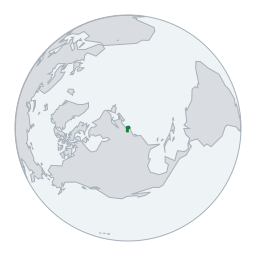 Massachusetts highlighted on a globe, orthographic projection, rotated 269°
{"feature_id": "USA-3513", "entity_name": "Massachusetts", "entity_type": "State", "adm_level": 1, "iso_a3": "USA", "parent_name": "United States of America", "parent_adm1": "", "projection": "orthographic", "projection_center": [-70.926, 42.063], "detail": "fine", "context": "on_globe", "style": "filled", "palette": "green", "viewbox_px": 256, "rotation_deg": 269, "n_neighbors": 0, "source": "natural_earth", "source_scale": "10m", "svg_char_len": 10518}
<svg xmlns="http://www.w3.org/2000/svg" viewBox="0 0 256 256"><g transform="rotate(269 128 128)"><circle cx="128" cy="128" r="113" fill="#eef3f6" stroke="#a8b0b8"/><path d="M122.8,240.5L123.7,240.5L121.6,240.4L125.4,240.1L123.1,240.2L123.8,238.6L127.1,236.5L129.4,227.3L127.0,225.0L118.3,221.9L107.9,210.8L110.7,206.4L108.4,203.8L115.9,197.2L113.9,190.0L111.3,188.7L108.7,191.2L99.8,185.5L96.7,179.2L70.4,162.1L67.9,157.9L68.3,152.6L61.7,130.2L63.5,149.4L60.5,144.5L58.6,137.0L60.2,136.3L59.7,126.0L57.3,120.7L59.0,108.1L67.4,95.4L67.9,98.6L69.8,95.4L69.4,91.3L68.7,89.5L74.9,75.0L74.8,63.7L71.0,62.4L74.8,61.1L65.1,60.5L62.6,57.0L67.7,59.7L70.0,59.0L69.4,55.9L71.7,54.5L72.7,52.3L75.4,51.1L78.2,53.1L80.0,52.4L79.5,50.3L82.0,47.9L82.4,51.1L86.7,47.4L92.1,50.6L91.1,61.2L96.4,62.8L101.4,73.7L103.2,72.0L106.2,75.4L109.5,74.8L109.5,77.2L112.1,74.7L111.5,72.6L112.4,70.8L114.2,70.3L114.6,73.3L113.7,73.9L114.8,74.6L114.1,76.3L115.5,75.2L115.7,79.0L118.2,74.6L120.7,77.1L120.0,79.8L116.5,80.3L106.3,88.6L104.6,92.0L105.7,96.0L115.3,101.7L114.9,105.2L117.0,109.5L118.9,107.1L117.9,102.9L121.9,99.7L120.3,95.2L121.7,93.3L121.5,88.7L125.4,88.7L129.3,91.3L129.7,95.3L131.4,96.6L134.2,92.5L137.9,99.7L145.6,104.5L146.2,106.6L141.6,111.1L133.7,111.8L127.8,118.7L135.5,113.7L136.8,119.5L138.6,120.3L140.8,119.8L141.9,117.4L143.1,119.4L135.9,124.8L134.7,123.1L137.0,121.3L133.2,121.8L128.4,126.0L129.4,128.8L121.0,132.9L121.6,135.0L120.2,137.3L119.7,133.5L120.3,140.6L110.6,147.7L111.3,159.7L106.4,150.0L102.1,148.4L96.8,147.8L96.8,149.8L89.9,146.9L83.5,149.5L80.8,158.2L83.0,165.8L90.7,167.8L93.2,164.5L98.9,164.7L94.5,174.1L104.5,177.1L103.4,184.1L106.2,188.0L111.3,187.6L116.5,189.6L120.3,185.8L126.4,183.7L126.5,189.3L129.9,184.1L133.3,186.8L145.4,185.7L144.5,187.1L154.7,192.2L165.7,192.8L168.3,195.9L166.9,198.5L170.8,198.2L170.8,199.6L185.9,196.8L193.4,197.0L193.1,201.5L186.6,209.1L180.2,219.9L168.4,226.1L165.1,229.5L155.4,234.8L148.2,235.8L150.0,236.7L145.8,238.0L141.1,238.6L140.1,239.2L136.6,239.5L138.8,239.7L133.0,240.4L134.3,240.5L122.8,240.5ZM21.9,107.4L22.7,105.3L22.4,107.7L21.9,107.4ZM23.1,103.3L22.9,104.2L23.1,103.3L23.1,103.3ZM23.2,102.2L23.2,103.0L23.1,102.3L23.2,102.2ZM23.2,101.0L23.2,101.6L23.2,101.0ZM110.6,163.6L122.0,169.7L115.4,170.1L116.7,169.1L113.8,166.7L108.4,164.2L102.6,164.7L110.6,163.6ZM23.5,98.6L23.6,98.0L23.8,98.3L23.5,98.6ZM115.9,157.6L113.9,157.0L115.9,157.1L115.9,157.6ZM68.0,88.9L69.2,91.4L68.7,95.7L67.5,93.7L68.0,88.9ZM69.2,81.2L70.4,81.8L68.0,84.9L68.1,83.6L69.2,81.2ZM67.8,61.9L68.3,63.6L67.0,62.5L67.8,61.9ZM72.4,52.3L71.5,52.3L72.4,51.2L72.4,52.3ZM119.3,89.1L120.4,88.9L119.9,89.9L119.3,89.1ZM118.3,87.3L116.9,88.5L116.2,87.9L117.1,87.1L118.3,87.3ZM77.4,48.4L79.1,46.7L77.8,48.7L77.4,48.4ZM120.0,86.0L115.1,86.5L113.9,85.4L116.1,81.7L120.0,86.0ZM80.4,46.0L84.6,42.2L83.0,41.8L89.8,41.1L84.0,44.4L82.7,46.8L82.1,45.6L80.4,46.0ZM110.5,72.1L111.2,74.3L108.9,73.0L110.5,72.1ZM108.7,71.7L100.2,70.6L100.0,67.3L102.9,68.2L101.3,64.5L105.4,63.4L107.2,65.2L106.5,67.5L108.6,65.4L108.7,71.7ZM92.9,41.4L94.3,40.9L93.3,41.9L92.9,41.4ZM112.6,70.0L110.9,70.0L110.6,67.1L114.0,66.6L113.0,67.7L112.6,70.0ZM98.9,64.1L99.3,62.0L102.7,60.5L103.3,59.5L105.5,63.1L98.9,64.1ZM114.0,68.1L115.7,66.5L117.5,67.4L114.2,69.8L114.0,68.1ZM109.1,66.6L109.1,65.2L110.2,65.8L109.1,66.6ZM124.9,70.3L122.9,70.2L122.6,68.6L124.9,70.3ZM116.2,65.8L115.6,65.5L115.2,64.9L116.7,64.1L116.2,65.8ZM107.8,61.9L109.1,61.8L107.1,60.3L109.5,59.3L110.6,61.9L111.2,60.4L111.9,60.0L111.9,62.6L107.8,61.9ZM117.1,61.6L119.2,64.8L123.1,65.3L123.5,66.6L117.2,65.7L117.1,61.6ZM114.0,61.9L116.0,62.0L115.5,63.5L113.8,64.5L114.0,61.9ZM110.9,57.7L106.8,58.6L106.7,58.0L110.9,57.7ZM118.3,61.4L117.8,60.6L118.7,61.2L118.3,61.4ZM113.3,58.4L111.9,58.8L111.8,58.1L113.3,58.4ZM117.9,58.8L118.6,59.8L117.5,60.5L117.9,58.8ZM115.9,58.4L116.1,57.4L116.7,60.1L115.2,58.7L115.9,58.4ZM113.5,57.7L113.0,57.4L114.1,57.7L113.5,57.7ZM121.7,56.0L122.6,59.3L120.2,60.6L119.6,57.2L121.7,56.0ZM211.5,52.4L213.4,54.6L213.8,55.0L220.5,63.7L226.3,73.0L223.8,70.8L222.4,69.0L222.3,68.9L222.1,68.7L224.4,72.1L223.1,71.3L227.4,75.3L229.0,78.1L232.2,85.3L235.0,92.7L237.2,100.3L238.8,108.0L240.0,115.8L240.6,123.7L240.6,131.5L240.1,139.4L239.0,147.2L238.8,143.1L239.0,135.7L238.3,134.8L237.4,138.9L236.3,138.0L235.4,140.0L228.0,155.9L224.1,156.4L215.3,150.4L215.5,143.4L212.5,138.0L210.8,105.0L213.8,102.2L216.3,87.2L217.2,86.2L220.5,91.0L225.3,85.8L222.5,79.9L223.3,74.0L221.4,68.6L214.4,60.3L217.4,69.1L214.3,67.7L209.0,58.0L205.9,51.0L204.6,50.2L203.6,52.5L199.8,49.0L202.9,53.3L203.9,53.0L205.9,55.7L205.0,56.3L203.7,54.9L203.8,56.8L210.0,63.1L211.7,63.5L213.8,70.4L216.8,71.7L218.5,74.7L214.0,73.6L212.1,71.9L206.2,73.6L208.4,75.9L214.1,74.7L213.7,76.0L216.7,79.6L214.1,77.9L207.3,79.1L207.1,86.1L212.2,100.0L211.0,104.2L207.6,106.1L200.4,97.2L203.9,88.9L201.4,86.0L196.1,85.2L197.6,82.8L195.9,81.6L196.8,78.6L193.5,72.4L193.7,69.3L188.1,65.3L187.5,63.2L191.0,66.1L193.5,66.6L193.5,59.5L192.3,57.7L188.6,55.8L189.1,54.2L185.5,53.3L183.4,49.0L183.0,53.6L178.8,51.9L175.1,48.6L173.6,49.0L179.6,54.4L182.0,55.9L184.2,55.7L190.7,60.9L191.7,63.8L184.6,61.8L185.1,65.8L179.3,62.8L166.9,49.5L163.9,45.0L168.0,39.9L171.2,41.5L171.3,43.9L175.2,42.7L173.0,42.3L173.4,41.1L169.4,39.5L169.5,38.7L165.5,38.8L165.1,37.6L167.7,37.5L161.4,34.5L159.5,32.0L158.1,31.8L157.1,32.3L155.3,29.0L154.3,29.0L154.5,30.1L152.7,30.8L148.7,30.9L148.4,29.8L149.7,29.6L152.0,27.6L155.7,27.5L155.2,27.0L151.9,26.9L149.1,29.3L146.8,29.7L147.7,28.3L147.2,28.9L145.9,28.8L144.3,27.6L143.2,29.1L130.0,30.3L125.6,28.5L127.8,27.0L118.2,27.5L114.0,26.0L114.2,26.9L109.7,28.1L110.9,28.6L110.7,29.1L99.7,33.1L96.9,33.3L92.4,36.6L92.5,37.1L94.3,37.1L89.8,41.1L83.0,41.8L83.1,40.5L78.8,42.0L79.7,39.0L78.4,37.5L82.0,33.7L80.7,33.0L79.1,33.7L76.2,33.5L75.6,31.1L83.0,29.8L85.3,34.0L84.9,31.9L87.1,31.5L88.2,30.2L87.8,28.9L86.5,29.3L96.3,23.8L99.4,20.6L94.2,22.3L91.1,22.8L90.1,22.0L92.6,21.1L100.4,18.8L108.3,17.1L116.4,16.0L124.5,15.4L132.6,15.5L140.7,16.1L148.8,17.3L156.7,19.1L164.5,21.4L172.1,24.3L179.5,27.8L186.5,31.8L193.3,36.2L199.8,41.2L205.9,46.6L211.5,52.4ZM215.3,118.4L216.3,120.3L215.3,118.4ZM205.2,47.0L201.6,43.1L198.7,41.5L197.1,40.0L196.7,40.1L198.5,41.4L196.9,41.6L193.8,38.9L191.9,38.2L193.0,39.5L199.1,44.4L201.4,44.0L204.2,46.4L205.2,47.0ZM145.8,185.6L147.2,186.5L145.3,186.7L145.8,185.6ZM114.4,172.5L116.9,172.8L118.1,173.8L116.3,174.0L114.4,172.5ZM135.1,172.8L137.9,173.2L135.0,173.9L135.1,172.8ZM123.8,170.4L132.9,172.8L127.1,174.6L121.4,173.2L125.4,172.7L123.8,170.4ZM114.7,161.3L116.2,161.8L115.7,163.0L114.7,161.3ZM117.3,157.7L116.7,157.7L116.0,156.7L117.3,157.7ZM137.2,119.1L137.8,118.8L140.0,118.8L139.0,119.8L137.2,119.1ZM150.0,113.1L151.7,116.5L149.7,114.7L148.6,116.6L143.1,115.5L146.2,107.7L145.7,111.3L150.0,113.1ZM136.5,112.2L139.7,113.6L136.1,112.4L136.5,112.2ZM185.6,78.7L187.3,78.2L189.2,80.3L188.9,84.9L186.2,81.9L185.6,78.7ZM189.4,77.0L182.4,74.1L182.3,71.4L183.6,73.3L184.2,71.8L186.4,74.6L193.1,75.1L195.1,77.0L193.5,84.1L192.9,80.6L191.2,81.3L189.4,77.0ZM164.8,73.9L161.8,73.2L165.5,68.0L167.9,69.3L167.8,73.8L164.8,75.0L164.8,73.9ZM124.8,79.6L123.4,80.2L123.3,79.3L124.4,78.1L124.8,79.6ZM124.0,70.4L130.8,76.6L129.5,77.4L135.0,80.4L133.8,83.9L130.3,81.8L133.5,86.8L129.9,86.4L132.4,89.6L124.7,84.6L121.6,84.6L125.5,83.2L126.7,80.0L126.2,78.6L122.7,74.7L116.5,73.3L116.7,70.1L118.4,68.2L119.9,68.0L119.3,70.1L121.8,68.4L122.1,71.3L124.0,70.4ZM138.9,51.2L137.6,53.1L142.6,51.3L142.9,53.7L143.5,53.4L145.1,55.2L148.1,56.9L147.7,58.0L149.1,58.2L150.2,59.5L151.9,60.2L151.8,62.6L153.9,63.6L152.6,64.2L156.2,65.4L153.5,65.6L154.7,67.5L156.7,66.3L152.2,78.8L152.4,84.2L154.0,88.9L149.1,88.9L144.5,84.7L140.7,78.9L141.3,73.8L139.0,74.9L138.6,72.8L140.5,72.8L137.2,71.6L137.4,69.9L134.0,65.5L129.1,65.0L127.8,63.5L129.8,62.8L127.0,61.8L129.9,59.6L129.0,58.6L130.9,55.5L135.3,55.1L133.9,53.9L135.3,51.7L138.9,51.2ZM122.4,55.2L127.6,53.8L130.3,54.6L125.8,59.7L126.3,61.0L123.5,64.6L119.6,63.4L120.8,62.5L121.0,61.3L122.1,62.1L121.3,60.6L122.9,59.3L122.7,57.9L124.5,57.8L122.4,55.2ZM216.0,83.1L216.3,82.0L216.3,79.9L218.2,82.3L216.0,83.1ZM211.5,84.0L211.5,82.6L214.1,84.7L213.8,86.0L211.5,84.0ZM209.2,80.2L211.3,82.4L210.0,82.0L209.2,80.2ZM190.7,64.9L190.4,63.5L191.2,63.7L192.4,65.0L190.7,64.9ZM153.7,47.2L152.5,47.9L151.9,47.5L148.0,47.8L147.4,46.1L149.6,45.3L153.7,47.2ZM216.2,62.9L218.0,65.6L217.7,65.8L217.2,64.8L216.2,62.9ZM219.2,74.3L219.6,72.4L219.7,74.9L219.2,74.3ZM152.4,45.4L150.9,45.7L151.6,44.7L152.4,45.4ZM146.8,44.9L147.2,43.7L146.9,45.9L146.8,44.9ZM145.5,33.2L151.5,34.5L155.5,34.8L157.1,33.6L157.4,36.0L151.3,35.6L145.5,33.2ZM131.9,30.7L130.5,32.0L129.4,31.3L129.6,30.9L131.9,30.7ZM132.3,31.6L133.8,33.5L131.9,34.2L131.1,32.5L132.3,31.6ZM143.4,38.9L145.2,39.4L144.6,40.1L143.4,38.9ZM84.9,23.9L85.2,23.9L80.4,26.0L79.2,26.5L80.6,25.8L84.9,23.9ZM83.9,24.6L86.2,23.6L91.7,23.0L91.7,23.4L85.0,24.6L86.8,23.9L86.3,23.8L83.9,24.6ZM93.8,40.4L94.2,40.9L93.0,40.9L93.8,40.4ZM111.5,29.3L110.9,30.1L109.6,30.0L111.5,29.3ZM108.7,32.2L110.6,31.7L108.7,32.7L108.7,32.2ZM115.0,30.8L111.5,31.8L114.6,30.2L115.0,30.8Z" fill="#d9dde1" stroke="#a8b0b8" stroke-width="1"/><path d="M127.6,128.8L127.6,128.7L127.4,128.6L127.4,128.4L127.3,128.1L126.7,128.1L125.6,128.0L125.3,128.0L125.2,128.0L124.3,128.0L124.2,127.9L124.6,126.6L124.9,126.6L125.0,126.6L127.4,126.7L127.5,126.7L127.8,126.5L127.9,126.4L128.0,126.4L128.2,126.5L128.3,126.8L128.2,126.8L128.3,126.8L128.5,126.8L128.4,126.9L128.3,127.0L128.2,127.0L128.0,127.3L128.0,127.2L127.9,127.3L128.0,127.4L127.9,127.4L127.9,127.5L128.0,127.6L127.9,127.6L128.0,127.6L128.3,127.7L128.3,127.8L128.4,128.0L128.5,128.1L128.4,128.1L128.5,128.1L128.4,128.0L128.5,128.2L128.6,128.3L128.6,128.5L128.8,128.6L129.0,128.6L128.9,128.6L129.0,128.7L129.3,128.6L129.3,128.4L129.3,128.2L129.3,128.3L129.2,128.1L129.3,128.0L129.4,128.4L129.5,128.4L129.4,128.4L129.4,128.5L129.5,128.5L129.4,128.8L129.4,128.7L129.2,128.8L128.9,128.8L128.7,128.8L128.7,129.0L128.4,129.1L128.4,128.8L128.4,128.7L128.3,128.8L128.2,128.8L128.0,129.0L127.9,129.0L127.7,129.0L127.7,128.9L127.6,128.8ZM128.5,129.2L128.5,129.3L128.4,129.4L128.2,129.5L128.1,129.4L128.3,129.4L128.3,129.2L128.5,129.2L128.5,129.2ZM129.3,129.3L129.4,129.5L129.2,129.6L129.3,129.5L129.3,129.4L129.3,129.5L129.3,129.4L129.3,129.3ZM128.2,129.1L128.3,129.1L128.2,129.2L128.2,129.1ZM128.6,129.3L128.7,129.2L128.7,129.3L128.6,129.3ZM129.4,128.8L129.4,129.0L129.4,128.8L129.4,128.8ZM128.1,129.2L128.1,129.3L128.0,129.2L128.1,129.2Z" fill="#22c55e" stroke="#15803d" stroke-width="1.5"/></g></svg>